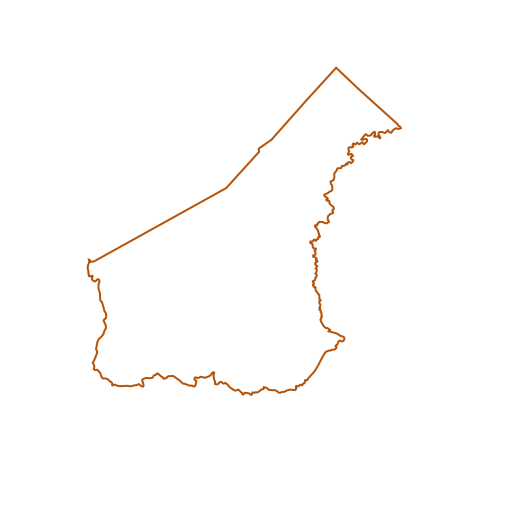 outline of Gondola, Manica, Mozambique, rotated 222°
{"feature_id": "85939544B20117006553770", "entity_name": "Gondola", "entity_type": "district", "adm_level": 2, "iso_a3": "MOZ", "parent_name": "Mozambique", "parent_adm1": "Manica", "projection": "orthographic", "projection_center": [33.733, -19.19], "detail": "fine", "context": "isolated", "style": "outline", "palette": "amber", "viewbox_px": 512, "rotation_deg": 222, "n_neighbors": 0, "source": "geoboundaries", "source_scale": "gbopen_adm2", "svg_char_len": 6103}
<svg xmlns="http://www.w3.org/2000/svg" viewBox="0 0 512 512"><g transform="rotate(222 256 256)"><path d="M291.3,448.7L322.4,449.5L322.7,404.7L322.3,352.7L325.8,337.7L323.4,335.4L323.6,286.5L372.7,143.8L375.0,140.8L377.0,141.8L377.7,141.5L376.8,140.9L375.5,139.2L374.4,136.1L373.2,134.9L372.9,134.2L370.4,132.6L369.3,131.5L369.1,130.9L367.8,130.5L367.4,129.7L366.8,129.3L365.7,129.8L364.3,131.9L363.8,131.6L363.3,129.8L362.0,128.8L359.3,128.8L358.3,129.9L358.3,132.4L357.3,133.3L356.9,133.4L355.2,132.3L354.0,129.5L351.2,126.3L347.1,124.0L342.7,119.4L341.5,118.7L339.7,118.7L333.8,115.1L332.0,113.7L329.8,113.2L327.8,111.9L326.7,110.7L326.0,109.0L326.3,107.2L326.0,106.0L320.9,103.8L319.2,101.9L318.8,99.5L317.1,95.7L316.9,92.6L317.3,88.9L316.3,85.9L312.5,79.7L310.2,78.9L309.2,77.6L306.4,70.0L306.1,67.6L302.6,66.1L301.9,65.4L301.0,63.5L299.5,63.4L298.0,65.1L296.4,65.2L293.0,64.6L290.8,63.2L288.4,62.5L287.6,62.7L285.8,64.4L284.7,64.9L282.3,65.3L280.5,65.0L280.1,65.4L279.1,65.5L277.3,65.1L276.7,63.9L276.3,63.7L275.7,64.2L274.7,66.1L272.6,66.6L270.0,68.2L264.6,73.6L261.8,75.3L260.1,78.1L258.4,80.0L257.5,82.2L253.6,82.7L252.7,83.2L252.5,83.9L252.8,84.4L254.8,86.0L257.3,87.3L257.7,88.0L257.6,88.9L256.2,91.8L253.7,93.6L251.6,96.0L251.5,96.7L251.9,98.3L251.6,100.1L250.8,100.9L250.9,102.6L249.7,103.1L246.3,103.0L244.0,103.4L242.9,102.9L242.4,103.2L241.3,104.5L240.8,106.3L241.1,106.7L240.5,108.3L237.1,111.5L229.0,112.4L225.4,112.2L222.6,113.7L218.8,115.1L216.9,116.8L214.8,117.4L214.4,118.4L214.7,120.1L216.0,121.8L216.5,123.1L217.2,123.4L218.1,122.9L218.9,123.0L219.8,123.8L220.0,124.7L219.3,125.7L218.1,126.0L217.5,126.4L216.2,129.3L212.4,131.4L210.2,135.7L210.0,137.2L210.3,140.4L209.9,141.1L208.9,141.2L207.6,138.7L204.4,136.2L202.0,135.1L201.3,133.8L200.6,133.5L199.8,133.9L198.7,135.1L198.5,135.7L198.6,137.4L198.0,138.9L197.5,139.2L195.3,139.2L194.6,139.7L193.8,141.2L190.9,141.4L188.1,140.8L182.4,141.6L181.1,142.3L180.0,144.5L179.0,145.0L176.4,144.7L174.9,145.0L174.0,144.3L173.1,144.3L172.6,144.8L172.9,146.1L172.7,146.9L172.0,147.5L169.2,149.3L166.7,149.5L166.4,150.2L167.3,152.0L167.2,152.5L165.5,153.3L165.1,154.5L163.8,155.3L163.2,156.9L162.6,160.5L161.4,162.1L162.4,163.9L159.4,165.2L157.5,165.0L156.8,165.2L154.1,167.1L152.7,168.5L150.9,169.5L148.0,169.6L146.5,170.4L146.2,171.6L144.2,173.9L143.0,176.8L141.3,179.5L137.4,182.4L137.1,183.0L137.2,183.7L138.0,184.8L138.7,185.2L139.1,186.4L138.0,186.7L137.2,187.7L137.1,189.4L136.6,190.3L135.8,190.4L135.2,190.9L135.6,192.6L135.0,193.5L135.0,194.2L135.5,195.5L136.3,196.2L136.0,197.2L134.9,197.8L135.3,200.3L135.3,209.3L136.6,216.3L139.1,225.6L140.0,230.8L139.8,232.0L138.9,233.9L137.5,235.5L137.1,236.8L135.4,238.5L134.8,239.9L134.7,241.1L134.9,241.7L135.5,242.2L136.6,242.2L136.8,242.7L136.3,244.7L137.3,246.9L137.4,248.3L137.1,249.1L135.4,249.8L134.5,250.6L134.3,251.6L134.7,253.3L135.6,254.3L136.9,254.5L140.6,252.9L142.7,252.9L143.4,252.5L144.3,252.4L151.7,248.6L151.8,248.9L151.1,249.9L151.6,250.7L154.8,250.2L156.0,249.2L158.6,249.2L163.3,250.6L165.5,251.8L165.7,252.1L165.6,253.2L166.5,253.9L166.4,255.1L168.1,256.0L168.4,256.9L169.2,257.5L170.7,257.7L171.1,258.6L172.0,258.9L172.4,258.6L172.9,258.6L173.1,259.0L173.0,259.7L173.2,260.0L174.2,259.9L174.2,260.7L175.7,263.0L177.3,263.3L178.1,263.9L178.5,264.7L178.2,266.1L178.6,266.5L179.7,266.2L183.1,269.5L183.9,269.2L185.1,269.8L188.2,270.2L189.9,271.4L190.6,272.4L191.0,272.6L191.7,271.9L192.4,271.8L194.1,272.4L194.4,272.9L194.1,273.9L194.5,274.3L196.4,274.7L196.8,275.1L196.8,275.7L196.1,276.8L196.1,277.4L196.6,278.7L197.3,279.4L197.2,280.6L198.0,282.3L198.6,282.7L200.0,282.7L200.4,284.8L201.7,286.6L203.4,286.8L203.6,289.2L204.1,289.5L205.5,289.2L206.5,289.5L207.1,290.1L207.3,290.9L206.8,291.9L206.9,293.2L207.4,293.4L208.3,292.8L208.9,293.1L209.0,293.6L208.7,293.9L208.9,294.4L209.4,294.7L210.6,294.7L213.1,293.8L213.7,294.3L213.9,294.8L213.1,296.0L212.9,297.0L214.3,298.5L215.8,298.9L215.9,300.9L216.3,301.5L216.8,301.5L218.0,300.3L218.7,300.3L219.9,300.7L221.4,302.3L222.5,302.6L223.1,302.2L224.3,302.1L225.2,302.8L225.1,303.5L224.1,304.0L223.6,304.8L223.9,306.5L223.7,307.2L223.4,307.4L222.1,307.1L221.5,307.7L221.9,309.1L221.3,310.3L222.2,311.4L221.5,312.5L221.6,313.4L222.3,313.6L222.8,313.4L224.3,314.9L224.9,315.0L226.5,316.2L228.8,316.9L231.5,317.3L232.3,317.8L232.5,318.4L232.1,318.9L231.3,319.1L231.2,319.5L231.7,320.3L231.5,321.0L232.0,321.9L231.7,322.7L231.7,323.8L229.1,325.9L226.9,326.5L225.8,327.2L225.3,327.6L225.0,329.1L224.6,329.7L224.6,330.1L225.4,330.7L226.8,331.0L227.7,331.6L229.1,333.8L228.9,337.2L227.7,338.8L227.6,339.8L230.0,341.2L229.7,343.3L231.1,344.2L236.1,344.1L236.7,344.4L237.9,345.6L238.6,345.8L240.0,344.8L241.1,344.6L241.5,345.0L240.8,346.1L241.0,346.7L242.4,346.9L244.6,346.4L246.1,346.9L246.1,347.6L244.8,350.6L244.2,353.5L243.7,354.3L243.5,356.2L246.2,359.0L247.4,359.6L248.7,359.8L250.3,361.0L250.3,361.8L249.5,363.0L249.3,364.8L249.8,365.4L250.3,366.8L253.0,369.6L253.3,373.0L254.1,375.6L251.9,377.9L251.6,378.8L252.4,379.9L252.2,380.6L250.7,382.4L250.7,384.5L249.5,384.8L249.3,385.2L250.3,386.0L250.2,387.4L249.5,388.2L249.0,388.5L247.9,388.4L247.5,388.9L247.2,390.3L247.3,391.5L247.8,392.3L249.6,391.7L251.5,392.7L251.6,393.5L250.9,395.2L251.6,395.6L253.5,395.6L254.8,393.3L255.7,393.1L256.1,393.5L256.7,395.9L259.3,397.7L259.6,398.6L258.9,399.8L257.2,401.2L256.9,402.0L257.1,402.8L258.6,403.2L259.0,404.0L258.8,404.9L256.7,405.5L256.7,407.3L256.4,407.9L254.6,408.0L253.9,408.3L253.2,411.4L251.8,411.7L250.9,411.2L250.3,412.1L250.2,415.3L250.7,416.3L251.6,416.8L252.8,416.4L254.6,413.7L255.0,413.2L255.7,413.1L256.1,419.5L255.4,420.1L253.5,420.1L252.0,421.5L251.5,422.5L251.6,426.4L251.0,427.6L250.2,427.4L248.6,425.5L248.7,424.4L248.4,424.0L247.5,424.1L245.7,426.3L242.7,426.4L242.7,427.1L243.1,427.3L246.8,428.7L247.3,429.4L247.2,430.7L245.0,432.8L243.1,433.2L242.5,433.6L242.2,434.8L242.2,437.6L239.7,437.3L238.2,437.9L237.9,438.8L238.3,439.7L238.3,441.3L237.8,444.0L237.5,444.5L235.4,445.6L234.2,447.0L233.9,448.0L235.2,448.5L237.7,448.1L238.8,448.7L291.3,448.7Z" fill="none" stroke="#b45309" stroke-width="2"/></g></svg>